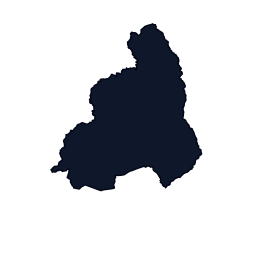 Meluco, Cabo Delgado, Mozambique (Natural Earth projection), rotated 141°
{"feature_id": "85939544B29216683074298", "entity_name": "Meluco", "entity_type": "district", "adm_level": 2, "iso_a3": "MOZ", "parent_name": "Mozambique", "parent_adm1": "Cabo Delgado", "projection": "natural_earth1", "projection_center": [39.629, -12.461], "detail": "fine", "context": "isolated", "style": "filled", "palette": "ink", "viewbox_px": 256, "rotation_deg": 141, "n_neighbors": 0, "source": "geoboundaries", "source_scale": "gbopen_adm2", "svg_char_len": 5786}
<svg xmlns="http://www.w3.org/2000/svg" viewBox="0 0 256 256"><g transform="rotate(141 128 128)"><path d="M196.8,151.4L198.0,147.9L198.3,145.7L198.6,144.9L200.5,144.5L203.0,144.7L206.1,142.5L206.9,142.7L209.4,144.4L212.6,144.2L213.2,143.8L213.5,143.4L214.1,143.7L214.0,143.1L214.3,142.4L214.3,141.9L214.6,141.7L214.5,141.3L213.7,141.0L212.1,139.5L210.8,139.2L209.8,139.6L208.5,138.5L207.7,138.8L206.6,137.1L206.2,135.6L202.7,133.7L201.9,134.1L201.3,134.1L200.0,133.4L199.4,132.7L200.2,132.3L202.1,130.6L205.7,128.1L206.1,128.0L206.4,127.6L206.1,127.1L205.9,125.9L205.2,124.9L205.1,124.3L205.5,123.4L206.4,122.6L207.0,121.2L207.0,120.3L207.5,118.8L207.3,116.3L207.8,115.6L204.5,111.5L203.9,111.3L201.4,111.6L197.0,110.8L188.6,96.6L188.2,96.3L186.2,95.6L179.0,91.2L176.7,90.0L175.8,90.6L175.5,92.2L175.2,92.8L172.0,94.6L170.8,96.4L170.0,97.1L168.7,97.5L168.0,99.1L167.0,98.6L163.7,96.0L160.3,94.1L155.8,93.7L153.3,93.2L152.0,92.5L146.8,90.9L140.5,88.6L139.5,88.0L138.8,86.4L137.2,86.4L136.7,86.2L135.5,85.0L135.0,83.4L133.6,82.5L133.5,82.0L133.7,81.1L134.6,79.8L134.8,78.8L133.7,74.5L134.0,72.8L133.9,71.3L134.3,70.9L133.9,70.1L134.6,69.5L134.5,69.1L134.2,69.0L134.2,68.3L134.8,67.5L136.1,66.8L136.0,65.8L137.0,65.2L136.4,64.1L136.6,63.8L136.5,62.7L137.0,62.0L136.8,61.2L137.0,60.3L136.2,59.4L136.2,58.0L133.6,58.5L131.7,57.8L130.9,57.8L130.2,58.5L129.3,58.9L128.4,59.6L127.5,59.1L125.7,58.6L124.5,59.1L122.2,58.8L121.3,58.4L120.4,58.5L119.8,58.1L118.8,57.0L113.5,57.6L110.7,56.9L109.4,56.3L106.3,56.7L104.0,56.0L103.3,56.7L102.2,56.7L101.9,57.1L101.7,58.1L101.3,58.3L101.0,58.4L99.8,57.9L98.8,58.0L97.3,59.1L96.5,60.0L95.5,60.5L94.8,61.1L93.2,60.3L91.9,60.4L91.4,60.7L91.0,61.4L90.5,61.7L88.3,61.3L86.9,61.8L86.5,63.2L85.2,65.0L85.5,66.3L85.9,66.9L85.8,68.3L84.9,68.9L84.5,69.6L84.6,71.4L83.7,72.6L83.3,74.5L82.9,75.0L82.2,75.3L81.4,76.9L81.2,79.2L80.7,80.2L80.6,81.2L79.8,82.6L79.1,85.9L78.8,86.7L78.7,87.3L79.7,88.5L80.0,89.3L79.7,90.3L79.2,90.9L79.2,91.8L78.9,92.2L79.1,93.3L78.9,96.5L78.4,97.7L79.0,99.5L79.7,100.6L79.7,100.9L77.0,103.0L76.2,104.2L75.5,104.5L74.5,105.7L73.7,107.8L72.6,108.9L70.2,110.2L69.2,111.4L67.2,112.6L65.5,113.2L63.7,115.9L62.5,116.9L62.4,118.6L60.5,121.7L60.6,123.0L59.8,123.8L57.6,124.1L56.9,125.1L56.6,126.1L56.6,126.8L56.1,127.6L56.2,129.1L56.0,130.5L56.5,131.1L56.6,131.7L55.9,132.6L56.6,133.6L56.5,134.5L56.0,135.1L55.0,135.2L54.3,135.7L53.4,135.6L51.7,135.9L51.2,136.8L51.0,138.0L51.6,139.4L51.5,139.9L51.0,140.3L49.7,140.4L49.1,141.1L49.0,141.9L49.4,143.2L48.9,144.2L49.1,145.7L48.2,146.5L47.7,147.7L47.0,147.6L46.5,147.9L46.7,148.6L46.5,148.8L46.1,148.8L45.5,149.4L45.9,150.0L45.8,150.7L45.3,150.9L45.1,150.6L44.8,151.2L45.4,153.0L44.9,153.3L44.8,154.2L45.1,154.5L44.8,155.1L45.3,155.4L45.6,156.5L45.3,157.4L46.0,158.2L45.9,158.6L46.4,159.8L45.7,160.3L46.0,162.0L45.8,163.1L45.5,163.2L45.4,164.3L45.1,165.1L45.4,165.7L45.3,166.6L44.8,166.9L43.0,169.7L42.7,169.5L42.6,169.8L43.1,171.4L43.1,172.3L43.7,173.0L43.9,173.9L43.2,174.5L43.1,175.2L42.4,176.5L42.5,178.0L41.5,179.0L41.4,180.1L42.0,182.3L42.7,183.7L42.7,184.7L43.1,186.0L43.9,187.4L43.8,187.7L43.1,188.5L42.4,188.8L42.4,189.6L42.0,190.2L41.8,191.0L42.8,191.9L43.4,193.4L45.8,194.0L46.6,194.7L50.7,196.2L56.1,196.0L57.8,193.7L59.7,193.0L60.9,193.0L61.5,193.3L61.8,193.8L62.0,196.3L62.4,197.3L64.2,198.9L64.5,199.5L64.8,199.5L65.0,200.0L65.5,199.8L66.1,199.8L66.2,199.2L66.6,199.5L66.9,199.4L66.9,198.5L67.8,197.6L67.8,197.1L68.6,197.0L68.5,196.4L69.1,196.2L69.2,195.7L69.7,195.9L70.3,195.2L70.7,195.4L71.9,195.3L73.2,194.7L73.8,195.1L74.8,194.3L75.0,193.7L75.6,193.2L75.9,192.4L75.7,192.0L76.0,191.4L76.8,190.9L77.1,190.0L77.0,189.3L76.2,188.6L76.2,187.9L76.3,187.4L76.1,186.6L76.5,186.0L76.5,185.3L76.9,184.0L77.4,183.4L77.6,182.8L78.2,182.5L78.2,181.9L77.9,181.6L78.1,181.1L77.8,179.9L78.1,179.4L78.8,179.0L78.3,178.2L78.5,177.2L77.6,176.5L77.4,175.6L77.6,175.4L77.8,175.7L78.0,175.6L77.9,174.5L78.1,173.9L79.6,174.3L80.3,174.1L80.4,173.8L79.7,173.4L80.1,172.1L80.6,172.1L81.2,171.6L82.0,172.1L82.2,171.9L82.4,170.4L83.1,169.9L83.7,169.1L84.3,169.1L84.3,168.3L84.9,168.4L85.2,168.1L85.4,168.3L85.5,169.3L84.9,170.2L85.9,171.3L87.7,171.8L88.1,172.9L88.9,173.2L89.9,173.2L90.5,174.0L91.4,174.3L91.5,175.4L92.5,174.9L93.5,175.1L93.8,175.7L95.2,176.7L96.2,176.4L96.6,175.4L97.3,176.0L98.3,175.0L98.6,174.5L99.7,174.4L100.7,176.4L102.2,177.8L102.5,177.7L104.2,175.4L104.4,175.3L104.8,175.8L104.9,176.9L105.9,178.1L106.7,179.8L107.4,179.9L108.1,179.4L110.3,178.9L112.4,178.9L115.8,180.8L116.4,181.7L117.2,182.0L117.6,182.5L118.7,183.0L119.2,182.9L120.3,181.6L121.2,182.6L121.8,182.8L122.9,182.1L123.2,181.3L127.5,182.1L128.9,181.3L129.9,181.5L130.7,181.3L131.4,181.7L132.5,181.0L133.2,180.2L133.5,179.4L134.4,178.8L134.8,178.0L135.8,177.7L136.2,177.2L136.9,177.1L137.4,176.0L137.4,175.4L138.0,175.0L138.3,174.2L139.0,174.0L139.6,174.5L139.9,174.3L140.4,173.6L140.2,172.9L139.9,172.5L140.1,172.0L140.6,171.9L141.2,172.3L141.5,172.1L141.6,171.2L140.6,169.4L140.5,168.9L141.0,167.7L140.9,167.2L140.1,166.6L141.0,166.2L143.3,162.9L143.7,162.7L144.3,163.4L144.9,163.8L145.2,163.7L145.2,163.0L144.9,162.4L145.2,161.8L146.3,161.7L146.9,160.6L146.7,159.3L146.0,158.8L145.9,158.4L147.7,156.3L148.4,155.2L148.9,155.1L150.1,156.0L151.1,156.1L151.4,156.0L151.9,155.2L153.5,155.1L153.9,156.3L154.1,156.4L155.2,156.0L157.1,156.5L157.9,157.2L160.3,161.0L163.0,161.4L164.6,162.1L165.7,162.2L166.8,161.4L169.8,161.3L172.2,160.5L172.9,160.9L173.8,162.0L174.5,161.9L174.8,161.3L175.4,161.0L177.5,160.8L178.6,160.9L180.5,161.6L181.1,160.5L182.5,159.5L183.9,159.1L184.6,159.2L185.0,158.9L185.4,158.9L186.2,158.4L187.2,156.1L187.7,155.4L187.9,154.4L188.8,154.0L189.1,153.4L190.5,153.2L191.3,153.6L192.3,153.6L193.9,153.0L194.6,153.2L195.7,151.7L196.8,151.4Z" fill="#0f172a" stroke="#020617" stroke-width="1.5"/></g></svg>